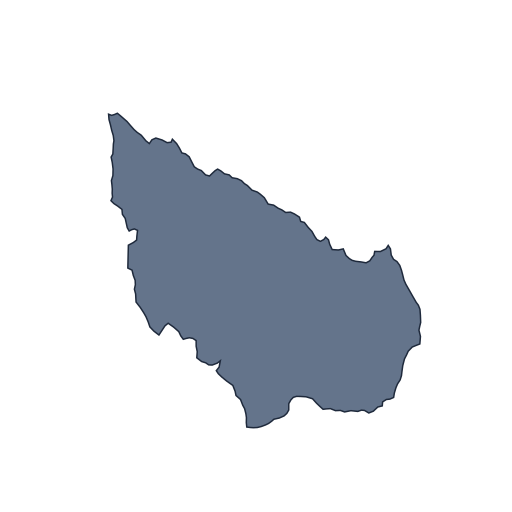 outline of Ribeirão Bonito, São Paulo, Brazil, rotated 336°
{"feature_id": "56859067B30092446236699", "entity_name": "Ribeirão Bonito", "entity_type": "district", "adm_level": 2, "iso_a3": "BRA", "parent_name": "Brazil", "parent_adm1": "São Paulo", "projection": "equal_earth", "projection_center": [-48.189, -22.038], "detail": "fine", "context": "isolated", "style": "filled", "palette": "slate", "viewbox_px": 512, "rotation_deg": 336, "n_neighbors": 0, "source": "geoboundaries", "source_scale": "gbopen_adm2", "svg_char_len": 2948}
<svg xmlns="http://www.w3.org/2000/svg" viewBox="0 0 512 512"><g transform="rotate(336 256 256)"><path d="M179.0,66.5L177.2,71.6L176.4,76.9L175.3,82.4L174.6,87.9L173.1,92.9L171.3,95.6L169.2,99.8L166.7,104.6L163.9,106.7L162.7,112.2L160.8,118.4L158.0,124.3L154.6,128.3L153.4,132.2L151.9,136.5L150.1,140.2L148.9,143.8L146.0,146.5L147.5,150.3L150.0,154.2L152.5,158.9L150.9,163.6L151.8,168.5L149.9,177.8L150.3,181.6L153.1,181.4L155.9,181.8L158.2,184.4L155.2,189.5L153.4,192.9L149.4,193.8L143.8,194.2L134.0,214.9L137.0,218.5L136.0,223.9L135.7,229.1L134.1,233.2L131.4,236.9L130.6,241.7L127.7,249.3L129.3,255.7L130.3,261.9L130.8,266.7L130.7,272.3L130.2,277.7L132.2,283.2L135.2,288.7L144.4,282.8L148.4,281.7L151.8,287.4L154.7,293.7L154.8,298.4L155.7,302.5L158.7,302.9L161.9,303.6L164.8,305.6L166.9,308.9L164.6,314.2L163.4,319.5L160.5,324.9L163.4,330.3L166.6,333.1L168.5,336.2L171.6,337.8L177.1,338.1L180.8,337.2L177.1,342.5L173.1,344.6L173.7,348.2L175.6,352.8L178.4,358.4L182.2,364.8L181.9,371.1L181.0,375.3L183.5,380.8L183.2,386.9L183.5,390.8L182.6,396.0L181.5,399.8L179.4,404.2L178.0,408.5L181.1,410.4L183.8,411.8L187.4,413.2L191.3,413.9L195.9,414.2L199.4,414.1L203.1,413.3L206.0,412.4L211.4,413.5L216.6,413.5L220.2,412.3L223.3,410.0L225.9,404.2L229.4,401.6L232.6,400.3L235.9,400.7L239.3,402.3L244.5,405.0L249.6,409.4L251.4,415.0L253.2,419.4L254.9,423.3L258.1,424.3L261.9,425.7L265.7,429.6L270.3,431.4L273.5,434.5L279.8,435.9L285.8,439.4L289.6,439.7L292.3,441.2L295.2,445.3L300.1,445.5L305.8,443.5L310.4,444.3L312.3,440.8L316.7,440.1L320.1,441.2L324.2,441.2L326.7,437.4L330.3,433.2L333.3,430.4L337.3,427.8L340.2,424.5L342.4,420.8L345.5,415.8L349.8,410.4L353.3,407.6L356.3,404.9L361.7,402.7L365.6,402.8L369.9,403.0L373.5,396.4L374.7,390.0L377.0,386.8L379.4,383.7L382.1,377.0L384.1,371.4L384.3,367.0L383.5,363.5L382.8,356.8L382.2,350.5L381.4,342.7L381.4,338.2L382.3,333.1L383.1,328.2L383.5,323.1L382.5,318.4L380.3,315.0L379.9,310.2L381.7,304.2L381.1,300.1L377.7,302.3L371.5,302.5L366.3,300.1L364.1,303.3L361.5,304.5L358.0,306.7L353.8,307.0L349.5,304.1L344.8,301.3L342.0,299.0L340.2,296.3L338.4,292.1L338.6,285.0L333.7,284.0L328.2,281.1L328.1,275.2L328.8,270.7L327.3,267.1L324.7,268.5L320.8,268.8L318.3,265.8L317.6,262.0L317.1,256.3L315.3,251.1L313.8,245.0L310.9,242.6L311.5,238.2L308.2,233.2L305.4,230.0L300.8,228.3L298.3,224.3L295.7,221.4L292.8,216.7L288.2,213.5L287.3,206.1L285.0,201.2L283.2,198.1L279.1,194.2L276.8,188.1L274.8,185.1L273.4,181.3L270.3,177.7L266.0,174.8L264.5,171.0L260.6,168.1L258.5,164.0L256.3,161.0L253.4,161.4L249.9,162.6L246.1,164.0L242.9,161.4L240.8,155.7L238.0,152.8L235.9,149.4L235.6,144.3L235.3,138.2L233.1,134.0L230.2,131.7L229.9,126.2L229.2,121.0L227.1,115.3L224.7,117.5L220.9,116.3L217.4,111.8L212.5,107.5L208.2,107.5L204.3,109.9L202.3,106.1L200.3,99.0L197.7,94.7L196.0,90.9L194.3,85.5L192.9,80.8L190.8,76.2L189.2,72.8L187.4,69.2L184.3,69.2L181.3,68.8L179.0,66.5Z" fill="#64748b" stroke="#1e293b" stroke-width="1.5"/></g></svg>